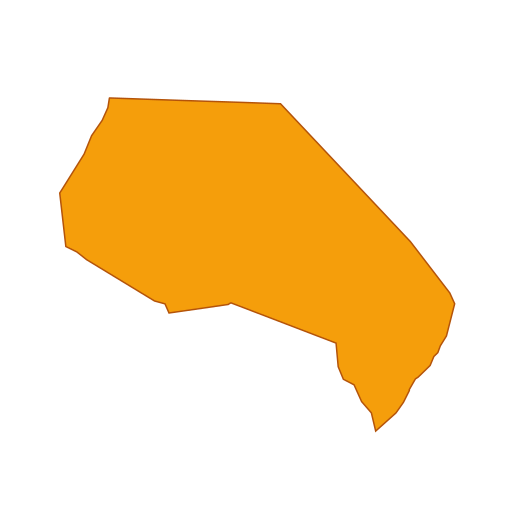 Derierre Fort/Old Victoria Road, Castries, Saint Lucia (Equal Earth projection), rotated 9°
{"feature_id": "8701671B52595214845054", "entity_name": "Derierre Fort/Old Victoria Road", "entity_type": "district", "adm_level": 2, "iso_a3": "LCA", "parent_name": "Saint Lucia", "parent_adm1": "Castries", "projection": "equal_earth", "projection_center": [-60.984, 13.994], "detail": "fine", "context": "isolated", "style": "filled", "palette": "amber", "viewbox_px": 512, "rotation_deg": 9, "n_neighbors": 0, "source": "geoboundaries", "source_scale": "gbopen_adm2", "svg_char_len": 686}
<svg xmlns="http://www.w3.org/2000/svg" viewBox="0 0 512 512"><g transform="rotate(9 256 256)"><path d="M428.5,364.9L428.3,363.9L432.7,352.4L435.0,350.4L438.3,346.0L445.1,336.9L447.4,327.4L450.7,323.0L452.1,315.9L456.6,305.2L459.7,272.1L453.2,262.2L406.3,217.7L256.4,101.8L219.6,106.3L158.9,113.9L86.7,122.8L86.5,123.0L86.5,132.7L82.9,146.0L74.8,162.9L70.3,182.2L54.8,218.7L52.3,224.5L66.7,276.4L78.4,280.0L89.2,286.1L162.8,316.3L173.6,317.5L179.0,325.9L184.2,324.3L236.2,308.2L237.3,307.1L238.6,306.2L348.7,329.5L354.5,352.5L361.6,364.1L373.0,367.9L383.1,383.3L394.5,392.9L401.6,410.2L418.8,389.1L424.5,377.5L428.5,364.9Z" fill="#f59e0b" stroke="#b45309" stroke-width="1.5"/></g></svg>